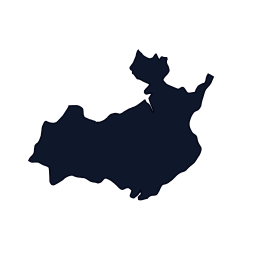 the district of Nghia Lo, Yên Bái, Vietnam, rotated 30°
{"feature_id": "81297802B35519691635120", "entity_name": "Nghia Lo", "entity_type": "district", "adm_level": 2, "iso_a3": "VNM", "parent_name": "Vietnam", "parent_adm1": "Yên Bái", "projection": "equal_earth", "projection_center": [104.497, 21.599], "detail": "fine", "context": "isolated", "style": "filled", "palette": "ink", "viewbox_px": 256, "rotation_deg": 30, "n_neighbors": 0, "source": "geoboundaries", "source_scale": "gbopen_adm2", "svg_char_len": 5313}
<svg xmlns="http://www.w3.org/2000/svg" viewBox="0 0 256 256"><g transform="rotate(30 128 128)"><path d="M89.9,214.8L91.4,214.6L92.5,213.6L94.8,209.7L97.0,205.5L98.0,202.4L99.8,199.5L102.0,197.2L103.5,196.4L104.1,196.2L106.0,196.1L107.6,195.7L108.7,195.4L111.8,194.0L113.7,193.3L114.4,192.8L115.0,192.6L117.3,192.4L121.9,192.6L122.0,192.6L124.5,192.0L127.1,190.9L129.3,190.5L130.5,189.4L131.6,187.7L131.9,185.7L132.4,183.5L133.2,182.5L134.8,181.9L138.0,181.6L140.2,181.7L143.7,182.2L146.6,182.8L148.0,183.2L149.0,183.5L150.5,183.9L151.9,184.1L152.7,184.1L153.4,184.0L154.1,183.5L155.0,182.4L155.8,181.1L156.7,180.1L157.9,179.3L158.9,179.1L160.5,179.3L161.5,179.5L162.9,180.1L163.1,181.1L163.7,184.5L164.1,185.7L164.8,186.0L165.1,186.1L165.4,186.1L165.9,186.0L166.6,186.0L167.2,185.8L167.5,185.7L167.8,185.4L168.1,185.2L168.4,184.3L169.3,182.0L169.7,180.9L169.9,178.9L170.0,176.7L170.1,175.7L172.9,178.6L172.2,180.7L171.7,182.6L172.5,183.8L172.9,184.3L173.2,184.4L173.4,184.4L173.6,184.3L174.3,183.9L175.5,183.2L176.3,182.4L178.3,180.4L179.8,179.0L179.8,178.4L179.9,177.8L180.1,177.2L180.3,176.7L180.5,176.3L181.1,175.5L181.5,174.8L182.3,174.1L184.1,172.9L184.9,172.3L185.4,171.8L185.7,171.4L185.9,170.8L186.0,170.0L186.0,168.1L186.0,167.2L185.9,166.0L185.7,164.4L185.6,162.5L185.6,161.4L185.7,160.6L185.9,160.1L186.0,159.6L186.4,159.1L187.0,158.5L188.0,157.6L188.4,157.2L188.9,156.5L189.7,155.4L189.9,154.9L190.2,154.3L190.7,153.0L191.1,152.2L191.6,151.1L191.9,150.1L192.5,147.8L192.7,147.2L193.0,146.0L193.3,144.9L193.6,143.9L194.1,142.8L194.7,141.4L195.2,140.6L195.9,139.5L197.2,138.1L198.1,137.0L198.5,136.4L198.9,135.6L199.4,133.3L199.9,131.5L200.4,129.9L201.1,128.2L201.7,126.6L202.2,125.3L202.4,124.0L202.5,123.2L202.6,122.1L202.7,118.8L202.8,117.3L202.9,115.8L202.8,114.3L202.6,113.0L202.3,111.7L202.0,110.5L201.5,109.6L201.2,109.1L200.6,108.6L200.0,108.2L198.6,107.5L197.6,106.9L196.0,105.9L194.8,104.9L193.9,104.0L192.9,102.8L192.0,101.8L191.2,101.2L190.5,100.9L190.0,100.8L188.0,100.6L186.9,100.5L185.5,100.0L184.5,99.5L183.2,98.6L181.9,97.7L180.8,96.8L179.9,95.9L179.1,94.8L178.5,93.8L178.1,93.0L177.6,91.7L177.2,90.1L176.8,87.9L176.7,87.2L176.6,86.3L176.5,85.2L176.6,83.7L176.7,82.0L176.8,81.2L177.1,80.5L177.5,79.8L178.0,79.0L178.9,77.8L179.4,76.8L179.6,76.2L179.7,75.5L179.8,74.8L179.8,73.3L179.8,72.8L179.6,72.0L179.2,71.0L178.9,70.2L178.5,69.0L178.1,67.6L177.5,65.2L177.3,64.1L176.5,60.9L176.1,59.2L175.9,58.4L175.7,56.2L175.7,55.6L175.7,55.0L175.9,54.4L176.1,53.3L176.4,52.0L176.8,50.1L176.9,48.8L177.0,48.1L177.0,47.3L176.8,45.8L176.5,43.5L176.3,41.3L176.3,41.2L172.9,41.2L170.6,41.3L170.6,43.3L170.9,45.0L171.5,46.8L171.9,48.0L172.1,48.8L172.2,49.5L172.2,50.2L172.0,51.0L171.6,51.6L170.7,52.4L169.8,53.7L168.5,55.8L168.1,57.1L168.0,58.9L168.0,60.5L168.3,62.0L168.6,63.3L167.6,64.3L166.7,65.1L165.4,66.1L163.6,67.5L162.7,67.9L162.0,68.0L161.3,67.9L160.9,67.8L159.9,67.3L158.0,66.3L156.7,65.7L155.9,65.5L155.1,65.6L154.7,65.9L154.4,66.2L153.8,67.1L153.2,68.4L152.5,69.2L152.0,69.6L151.3,69.8L147.6,70.3L145.2,70.6L140.9,71.1L139.3,71.1L137.9,70.7L135.9,70.1L134.8,69.6L133.8,68.8L133.8,65.6L134.7,62.0L134.9,59.5L134.8,58.0L133.8,56.7L131.9,54.8L129.7,53.5L128.3,52.1L127.5,50.6L127.3,48.9L126.3,47.9L125.2,48.6L123.2,49.4L122.0,49.5L121.8,49.7L121.5,50.0L121.5,51.0L121.4,52.1L121.3,52.8L121.1,53.2L120.9,53.3L120.3,53.3L119.9,53.1L119.0,52.6L115.7,50.3L115.4,50.1L115.1,50.3L115.0,51.0L114.8,53.7L114.7,54.6L114.5,55.1L112.7,57.3L109.9,58.0L105.6,58.0L103.8,57.6L102.4,56.9L100.5,56.6L98.9,56.1L98.1,55.7L98.0,56.2L98.0,56.7L98.4,58.9L99.4,62.0L99.8,65.4L100.2,68.0L100.2,69.9L99.9,72.0L99.7,74.6L100.1,75.2L101.0,75.8L101.5,75.9L101.9,75.9L102.4,75.8L102.7,75.8L103.1,75.9L103.6,76.5L103.9,77.0L104.2,77.5L104.6,78.1L104.8,78.2L105.2,78.3L105.6,78.2L105.9,78.1L111.3,80.5L114.0,79.6L117.4,79.6L119.0,79.5L120.4,79.3L122.0,79.2L124.2,78.7L125.0,79.5L125.2,80.9L124.8,83.1L124.3,84.9L123.9,87.4L124.4,88.6L125.2,89.2L126.0,89.4L127.3,89.1L128.7,87.5L130.3,86.4L131.3,86.2L131.7,86.7L131.5,89.7L131.5,91.7L133.2,93.4L136.3,96.0L139.4,98.4L142.1,101.0L141.8,101.9L140.5,101.7L138.7,100.1L135.4,97.8L133.5,97.2L131.0,97.0L129.7,96.1L128.7,95.5L128.3,96.3L126.7,100.2L125.0,104.0L123.4,106.6L122.0,108.2L121.9,108.3L120.9,109.8L119.7,111.0L119.0,112.3L116.7,116.2L116.1,117.8L114.3,120.3L112.8,120.8L111.0,121.3L109.7,121.9L108.5,122.9L107.7,123.8L106.7,124.7L106.1,126.0L105.6,127.6L105.2,129.8L103.9,133.1L103.1,134.4L100.8,137.3L98.7,138.5L98.7,138.8L98.8,139.3L96.5,139.1L95.8,139.1L95.3,139.1L94.3,139.5L92.1,139.8L90.5,140.3L86.8,140.7L85.4,140.8L84.1,140.5L82.4,139.0L79.9,135.3L79.1,134.3L77.3,133.8L74.7,133.8L72.6,134.4L69.2,136.4L66.0,138.4L66.1,138.8L66.3,139.6L66.3,140.9L66.3,142.4L65.9,149.9L64.2,157.3L63.5,159.3L61.4,161.3L60.1,162.0L58.0,162.8L56.2,163.2L54.9,163.3L53.8,163.4L53.4,163.7L53.2,164.1L53.1,164.6L53.1,166.1L53.4,169.2L53.9,170.9L55.1,173.5L57.0,178.2L57.4,180.4L57.8,183.0L57.8,183.9L57.7,185.9L56.8,187.9L56.5,189.5L56.8,190.4L57.7,192.8L59.0,195.4L59.3,196.5L59.4,198.0L59.2,199.6L58.5,202.2L58.4,203.8L58.4,205.2L58.5,205.7L60.3,205.7L61.9,205.4L65.4,203.1L67.7,202.1L69.3,202.1L72.6,202.0L77.3,201.2L79.4,201.4L79.7,201.6L80.1,202.2L81.3,203.7L85.0,209.4L87.2,213.1L87.7,213.5L88.3,214.0L89.9,214.8Z" fill="#0f172a" stroke="#020617" stroke-width="1.5"/></g></svg>